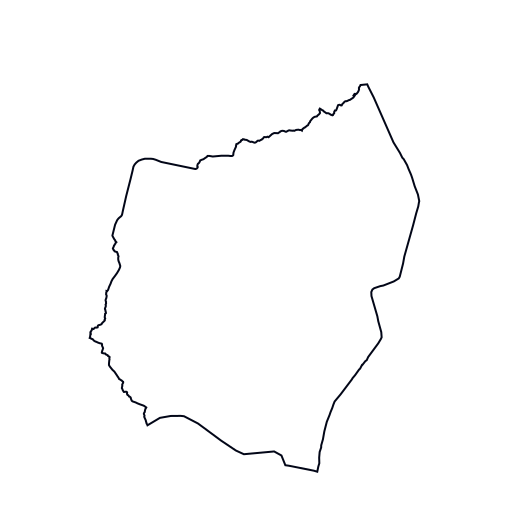 Oudalan, Oudalan, Burkina Faso (Mercator projection), rotated 105°
{"feature_id": "67063806B71789570765121", "entity_name": "Oudalan", "entity_type": "district", "adm_level": 2, "iso_a3": "BFA", "parent_name": "Burkina Faso", "parent_adm1": "Oudalan", "projection": "mercator", "projection_center": [-0.376, 14.623], "detail": "fine", "context": "isolated", "style": "outline", "palette": "ink", "viewbox_px": 512, "rotation_deg": 105, "n_neighbors": 0, "source": "geoboundaries", "source_scale": "gbopen_adm2", "svg_char_len": 6093}
<svg xmlns="http://www.w3.org/2000/svg" viewBox="0 0 512 512"><g transform="rotate(105 256 256)"><path d="M447.6,317.0L437.2,306.9L432.6,297.0L429.9,287.3L429.4,284.1L432.8,268.7L443.4,241.8L449.1,225.1L450.6,216.4L440.1,187.9L442.1,179.8L450.5,173.5L450.1,170.3L448.4,144.6L448.5,141.0L443.2,141.3L439.8,141.2L434.4,142.8L428.8,143.8L424.1,143.5L422.0,144.0L415.7,143.9L407.7,144.6L397.8,144.7L390.6,143.8L387.6,143.6L383.0,143.0L379.6,142.8L376.2,142.4L367.8,138.5L350.5,131.5L349.0,131.1L345.6,129.5L338.9,127.0L337.9,126.3L333.8,125.4L333.8,125.1L329.3,123.2L328.0,122.1L324.5,121.5L308.7,115.3L303.8,113.9L302.0,113.6L297.1,115.3L287.4,121.0L282.8,123.2L264.8,134.1L261.0,135.3L258.3,134.9L256.5,133.5L252.9,128.1L251.6,125.4L244.9,116.3L240.7,112.3L238.8,111.8L225.2,112.0L218.1,112.6L185.6,112.2L173.2,112.3L166.1,112.1L161.9,112.5L160.8,112.5L154.7,115.5L147.5,120.8L140.1,125.4L137.3,127.3L132.4,131.2L129.1,133.6L124.2,138.4L123.2,140.1L119.2,143.6L110.7,152.6L72.4,183.3L63.5,191.3L61.4,193.0L63.8,199.3L65.2,199.5L66.2,200.0L67.1,200.1L68.3,199.6L69.6,199.6L71.4,200.0L73.2,200.8L73.6,201.2L73.8,202.6L74.0,202.8L75.6,203.3L75.6,202.2L76.2,202.4L77.8,203.0L79.2,204.2L81.0,205.8L81.3,206.5L82.8,208.2L83.1,208.7L83.1,209.1L83.5,209.9L84.4,210.6L85.4,211.0L86.8,211.9L87.7,212.1L88.3,212.2L88.6,212.8L88.3,213.9L88.3,214.3L88.4,214.7L89.0,215.7L89.4,215.8L93.2,216.1L94.4,216.3L94.8,216.5L95.0,217.0L95.1,217.5L96.2,217.6L96.7,217.8L97.8,217.4L98.2,217.5L98.6,217.9L99.1,218.1L99.9,218.1L100.3,218.5L100.3,219.1L100.1,220.1L100.2,220.5L99.7,221.5L99.4,223.0L99.6,224.0L99.9,224.9L99.2,226.7L98.9,227.7L98.8,228.0L98.2,228.6L98.0,229.8L97.2,232.0L97.1,232.5L98.6,232.8L99.0,232.2L101.3,231.2L101.7,231.3L102.8,231.8L104.5,233.0L105.3,233.2L105.5,233.5L106.4,235.4L107.1,236.1L108.0,236.8L108.9,237.3L111.9,238.6L112.7,238.5L113.7,239.1L114.6,239.4L115.8,239.5L116.3,239.7L117.0,240.5L118.0,241.1L118.6,241.7L119.1,241.9L119.8,242.8L120.4,243.1L120.8,243.4L121.0,243.8L122.4,244.1L123.0,244.1L122.6,245.2L123.0,246.2L123.0,247.7L123.7,249.5L123.8,249.8L125.2,251.5L125.2,252.5L125.5,252.9L125.9,255.3L125.9,256.1L126.3,257.0L128.2,259.0L128.3,259.7L128.0,261.2L128.2,262.8L128.4,263.3L128.8,264.0L129.6,264.9L130.3,265.2L131.1,266.1L131.7,266.5L132.5,270.2L134.0,272.0L138.0,274.6L137.8,275.8L138.6,276.8L138.9,278.6L139.3,279.2L140.7,279.6L141.4,280.3L142.0,280.5L142.3,280.8L142.7,281.5L143.2,281.9L143.9,282.6L143.9,283.4L144.2,284.2L145.2,284.9L145.9,285.3L146.5,285.9L146.9,286.6L146.9,287.4L146.7,289.0L146.7,289.8L147.2,290.7L147.1,292.1L146.3,295.0L146.4,295.8L146.6,297.0L146.4,297.6L146.5,298.5L146.6,298.9L147.2,299.0L147.6,299.5L147.6,299.8L148.1,300.3L148.4,300.4L148.8,300.3L149.6,300.5L151.3,302.1L152.2,302.6L152.7,303.5L153.2,304.0L153.7,303.8L154.3,303.8L154.8,303.9L155.5,303.6L159.0,304.2L161.9,304.5L163.3,304.3L163.7,304.2L164.4,304.1L165.3,304.6L165.7,305.3L166.0,306.4L166.3,308.6L168.0,315.1L171.1,323.5L171.4,326.8L171.9,328.7L172.8,329.1L173.2,329.3L174.5,330.5L176.1,331.8L176.8,332.9L178.1,334.6L179.6,334.8L180.8,335.1L181.3,335.5L182.1,336.0L183.4,336.1L184.4,336.0L185.1,335.3L186.0,335.4L187.0,336.0L187.6,336.9L187.7,337.3L189.7,371.9L189.0,377.8L188.9,380.5L189.3,383.0L190.8,388.5L192.4,391.3L194.4,394.1L196.8,395.8L199.0,396.9L201.4,397.5L205.9,397.3L214.2,397.1L231.6,396.9L246.6,396.3L250.3,396.1L251.5,396.2L252.5,396.6L254.9,398.3L256.1,398.9L257.4,399.4L262.2,400.2L273.4,400.0L274.0,399.6L276.4,397.3L277.3,396.1L278.0,395.7L278.7,394.6L279.0,394.9L279.6,395.0L280.1,394.9L280.9,395.2L281.4,395.5L282.0,395.5L282.8,395.9L283.2,395.8L284.6,396.0L285.5,396.2L285.8,396.2L286.2,395.9L286.8,395.1L287.2,395.0L287.8,393.9L288.1,393.7L288.2,391.2L289.0,390.7L289.6,390.1L290.0,389.9L290.6,389.8L291.0,389.3L291.2,389.2L291.5,389.0L291.9,388.7L292.9,388.7L293.9,388.5L295.2,388.1L296.7,387.3L298.2,386.1L300.8,384.5L302.2,384.4L304.8,384.8L308.4,385.8L311.9,387.1L315.3,388.5L318.0,389.1L320.4,389.3L323.7,389.9L327.0,390.1L328.5,390.7L328.5,391.3L329.0,391.1L330.2,391.2L330.7,391.0L331.6,391.0L332.1,390.7L332.7,390.1L333.8,389.8L335.4,389.7L337.1,389.9L337.8,389.8L338.4,389.5L339.2,388.9L340.2,388.8L340.7,388.5L341.0,388.5L342.0,388.7L342.6,388.3L343.2,388.1L344.2,388.1L344.6,388.2L345.8,388.3L346.3,388.2L347.3,387.4L347.9,387.3L348.7,386.8L349.1,386.5L350.1,386.2L350.8,386.8L351.9,386.6L354.3,386.3L355.3,385.5L355.7,385.5L356.4,385.8L357.1,385.4L357.9,385.6L358.3,385.9L360.0,386.9L360.7,387.3L361.9,387.6L362.9,388.9L363.6,390.2L364.1,390.6L364.8,390.7L365.9,390.5L366.4,391.3L366.7,392.8L367.2,393.2L368.1,393.7L368.6,394.1L368.6,395.5L369.3,395.5L370.4,395.5L372.1,396.2L373.3,396.1L373.6,395.9L373.5,395.6L374.4,395.3L375.2,395.7L375.7,395.5L376.4,395.4L378.2,395.4L378.2,394.3L378.6,393.7L378.6,393.4L378.6,392.4L378.7,392.1L379.3,391.3L379.8,390.4L380.2,388.9L380.2,388.0L380.5,386.6L380.7,384.6L380.6,382.4L381.0,381.9L382.5,381.5L384.6,379.8L386.3,379.9L387.5,380.0L388.9,380.0L389.3,379.9L389.5,379.6L389.5,378.2L389.4,377.8L389.4,377.0L389.2,376.6L389.4,376.1L389.9,375.6L390.0,375.3L390.2,373.7L390.3,373.5L390.8,373.2L391.3,371.4L391.7,371.2L392.5,371.2L393.0,371.1L393.9,370.7L394.9,370.7L397.8,370.2L399.4,369.8L400.6,368.6L401.7,367.1L403.1,365.2L404.3,362.9L407.5,359.2L408.4,358.3L408.6,357.9L409.3,357.2L410.3,356.3L410.4,355.5L410.8,354.4L411.1,353.4L411.9,352.1L411.9,351.8L412.4,351.6L412.8,351.5L413.5,351.7L414.6,351.9L415.2,351.9L416.0,351.5L417.1,351.5L418.3,351.4L418.5,351.3L418.9,350.8L420.2,349.9L421.5,348.5L421.3,347.8L420.9,347.0L420.7,346.2L420.7,345.8L421.1,345.2L421.4,345.1L422.5,345.0L423.5,344.1L423.5,343.6L423.8,343.0L424.6,342.2L424.6,341.5L425.0,340.6L425.5,340.2L425.9,340.1L427.8,338.7L428.2,338.1L428.4,337.4L428.6,334.3L429.0,332.4L429.3,329.9L429.6,326.0L429.8,325.1L430.7,322.8L431.6,323.0L432.1,323.2L433.8,323.3L435.3,323.1L435.6,323.1L435.9,323.3L436.8,323.5L437.5,323.5L439.0,322.4L439.4,322.3L440.1,322.4L440.5,322.2L443.2,320.0L443.9,319.6L444.5,319.4L445.0,318.9L445.4,318.7L445.9,318.5L446.4,318.1L446.9,317.5L447.6,317.0Z" fill="none" stroke="#020617" stroke-width="2"/></g></svg>